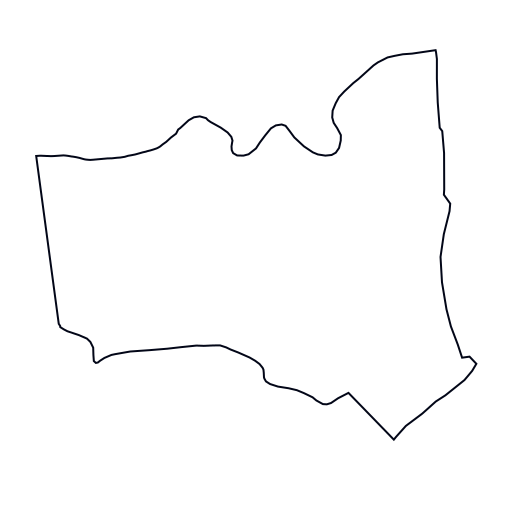 the district of Piaye, Saint Lucia, rotated 266°
{"feature_id": "8701671B45365250149949", "entity_name": "Piaye", "entity_type": "district", "adm_level": 2, "iso_a3": "LCA", "parent_name": "Saint Lucia", "parent_adm1": "", "projection": "albers", "projection_center": [-61.022, 13.757], "detail": "fine", "context": "isolated", "style": "outline", "palette": "ink", "viewbox_px": 512, "rotation_deg": 266, "n_neighbors": 0, "source": "geoboundaries", "source_scale": "gbopen_adm2", "svg_char_len": 2302}
<svg xmlns="http://www.w3.org/2000/svg" viewBox="0 0 512 512"><g transform="rotate(266 256 256)"><path d="M63.2,380.7L65.8,383.1L76.1,393.7L87.2,410.9L98.3,425.2L103.8,435.2L117.7,455.3L126.3,463.6L133.1,468.3L140.7,462.0L140.2,454.5L153.6,451.1L172.2,445.5L189.5,442.3L216.8,439.7L242.2,440.0L264.7,444.9L287.2,452.2L294.7,453.4L304.0,447.7L309.2,448.4L345.6,450.8L367.6,450.5L371.1,448.2L396.5,448.0L420.2,448.8L439.9,450.2L446.8,449.8L448.8,449.5L447.0,425.8L447.0,416.6L446.0,408.3L444.9,401.1L440.7,391.2L437.9,386.5L425.4,370.5L421.7,365.1L414.0,355.6L408.8,350.0L402.9,346.2L395.7,342.6L388.9,341.7L383.4,342.8L377.9,345.9L370.7,349.1L365.3,348.6L358.0,346.4L353.5,342.8L351.5,338.5L351.3,332.2L353.0,324.8L355.4,320.0L362.0,311.5L371.6,302.5L378.4,298.2L383.8,294.6L385.4,290.8L384.9,284.9L382.3,279.8L375.8,273.7L369.0,267.8L363.3,263.5L358.0,255.7L357.0,250.5L357.6,244.2L360.2,240.4L363.3,239.2L367.0,239.2L370.9,240.1L372.7,240.6L376.6,239.7L381.2,236.3L386.5,229.8L392.8,220.1L394.8,217.6L397.0,215.8L399.2,209.7L398.7,203.7L396.1,198.3L388.9,189.3L387.6,187.2L383.6,184.8L380.1,179.4L376.1,174.4L373.8,170.6L372.0,168.1L371.1,166.4L370.3,164.5L369.4,161.1L368.7,158.0L368.3,155.7L368.1,154.6L367.8,153.5L367.3,150.2L366.7,147.4L366.1,144.5L365.7,142.5L365.2,138.5L364.9,135.5L364.1,132.0L363.7,127.5L363.7,124.2L363.5,119.2L363.7,114.7L363.4,99.9L363.4,97.4L363.7,95.2L364.1,92.9L364.5,91.4L365.2,89.4L366.1,87.0L366.6,85.3L367.1,83.6L367.4,82.4L367.9,80.3L368.1,79.1L368.9,75.9L369.2,74.5L369.5,73.0L369.8,70.9L369.8,69.7L369.8,68.3L369.8,66.2L369.8,64.2L369.8,61.3L369.9,58.4L370.2,55.9L370.4,53.9L370.8,50.5L371.1,47.8L371.1,43.7L202.1,54.5L200.0,55.7L198.7,55.8L196.2,59.2L194.1,62.6L189.5,73.7L185.4,81.6L181.8,84.8L175.9,87.2L168.7,86.9L162.5,86.9L160.5,88.8L160.8,90.9L162.3,93.0L164.9,97.7L167.4,104.9L167.9,108.6L169.5,123.9L169.5,143.2L169.7,160.9L170.3,174.7L170.8,190.3L170.0,197.7L169.8,205.5L169.6,209.8L169.3,214.0L166.9,219.9L164.5,224.1L161.0,231.5L155.2,242.5L151.6,247.8L148.0,252.0L144.0,254.8L142.1,255.5L139.0,255.6L134.4,255.5L133.1,255.8L130.2,257.2L127.3,261.1L124.2,268.8L121.8,279.3L119.3,287.4L115.9,294.2L111.1,302.6L107.7,306.1L103.6,312.4L103.1,316.3L104.1,320.6L108.4,328.0L113.0,338.7L63.2,380.7Z" fill="none" stroke="#020617" stroke-width="2"/></g></svg>